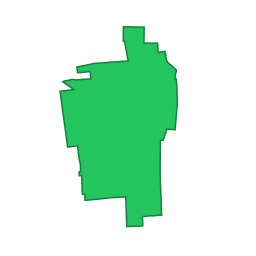 Celaru, Dolj, Romania, rotated 162°
{"feature_id": "2599482B43733075119121", "entity_name": "Celaru", "entity_type": "district", "adm_level": 2, "iso_a3": "ROU", "parent_name": "Romania", "parent_adm1": "Dolj", "projection": "mercator", "projection_center": [24.129, 44.049], "detail": "fine", "context": "isolated", "style": "filled", "palette": "green", "viewbox_px": 256, "rotation_deg": 162, "n_neighbors": 0, "source": "geoboundaries", "source_scale": "gbopen_adm2", "svg_char_len": 5152}
<svg xmlns="http://www.w3.org/2000/svg" viewBox="0 0 256 256"><g transform="rotate(162 128 128)"><path d="M101.1,225.7L101.6,224.3L103.2,219.4L104.4,215.8L105.6,212.2L105.7,211.8L104.5,211.6L104.8,209.0L105.5,203.4L106.0,200.0L106.6,195.8L106.9,193.4L107.0,192.5L107.1,191.7L112.6,193.1L115.0,193.7L118.7,194.6L123.9,195.9L129.6,197.2L131.3,197.6L134.3,198.4L137.4,199.2L140.3,199.9L141.6,200.0L143.0,200.1L144.5,200.3L147.2,200.6L150.2,200.9L152.3,201.3L154.9,201.5L156.0,201.6L157.9,201.8L158.1,199.8L158.3,198.8L158.2,198.8L158.4,198.1L158.9,196.4L156.3,195.4L156.0,195.2L155.5,195.2L153.6,194.8L150.3,194.2L148.5,193.8L147.1,193.5L146.6,193.4L146.7,192.7L146.9,191.7L147.6,188.9L148.1,186.3L148.1,186.2L149.0,186.5L150.0,186.7L151.5,187.1L153.4,187.6L155.1,188.1L157.5,188.5L159.6,189.0L161.5,189.5L162.1,189.5L162.4,189.6L162.8,189.9L163.5,190.3L164.9,190.9L166.3,191.6L168.9,191.6L169.4,191.8L170.7,191.9L172.2,192.0L173.2,192.3L174.1,192.3L175.0,192.3L175.8,192.2L174.3,190.1L170.9,185.7L169.0,183.0L168.5,182.3L167.9,181.5L171.1,182.0L181.1,183.9L181.3,184.0L181.3,183.7L181.4,183.4L181.5,182.9L181.5,182.4L181.6,182.2L181.7,181.6L181.8,181.1L181.8,180.8L181.8,180.6L181.9,180.2L182.0,180.0L182.1,179.6L182.2,179.3L182.2,178.9L182.3,178.8L182.3,178.7L182.5,177.3L182.6,176.8L182.6,176.4L182.7,176.2L182.8,175.9L182.8,175.7L182.8,175.3L182.8,175.2L182.9,174.8L183.1,173.7L183.1,173.4L183.2,173.2L183.2,172.8L183.3,172.6L183.3,172.4L183.3,172.2L183.4,171.9L183.5,171.4L183.7,170.6L183.8,169.8L183.8,169.7L183.9,169.3L183.9,169.0L184.0,168.8L184.0,168.7L184.1,168.2L184.2,167.9L184.3,167.5L184.3,167.3L184.3,167.2L184.4,166.8L184.4,166.7L184.7,165.5L185.0,163.9L185.1,163.4L185.2,163.0L185.2,162.6L185.3,162.0L185.4,161.5L185.5,161.2L185.7,159.8L185.8,158.9L185.9,158.1L186.3,156.0L186.4,155.4L186.5,155.1L186.5,154.7L186.6,154.3L186.7,154.1L186.7,153.7L186.8,153.4L186.8,153.2L186.8,152.8L186.9,152.6L187.0,152.3L187.0,152.1L187.1,151.6L187.2,151.1L187.3,150.2L187.4,149.8L187.5,149.4L187.7,148.5L187.7,148.3L187.7,148.0L187.7,147.8L187.8,147.3L188.0,146.7L188.1,146.2L188.3,145.0L188.3,144.6L188.7,142.8L188.8,142.4L189.0,141.6L189.0,141.2L189.1,140.8L189.2,140.3L189.2,140.0L189.2,139.9L189.3,139.7L189.3,139.4L189.3,139.2L189.4,138.9L189.5,138.6L189.5,138.2L189.7,137.6L189.7,137.4L189.7,137.2L189.8,137.0L189.8,136.7L189.9,136.1L190.0,135.7L190.2,134.7L190.3,134.2L190.4,133.6L190.4,133.4L190.5,133.3L190.5,133.0L190.7,132.0L190.7,131.8L190.8,131.4L190.9,131.1L191.3,128.5L181.5,126.8L182.4,121.9L182.9,119.8L184.1,113.2L184.4,109.4L184.5,108.3L185.2,105.7L185.5,104.8L186.5,101.6L188.1,101.4L188.6,99.7L189.1,97.6L186.7,97.1L188.8,90.1L191.1,82.2L191.6,80.3L191.9,79.0L190.6,78.6L189.5,78.4L189.6,78.0L190.6,74.7L191.2,72.5L188.7,71.9L183.0,70.6L176.7,69.2L174.2,68.7L172.2,68.3L169.4,67.7L166.3,67.1L165.0,66.7L160.9,65.7L154.6,64.0L151.4,63.2L157.4,42.4L158.3,39.1L159.7,34.8L154.7,33.2L153.2,32.8L149.4,31.7L144.2,30.3L143.5,32.6L141.6,39.3L141.3,39.3L140.9,39.2L138.1,38.5L134.9,37.8L133.5,37.5L132.1,37.0L131.1,36.6L130.7,36.6L129.3,36.2L128.6,36.0L128.4,36.0L127.6,36.1L126.2,35.7L123.9,35.0L122.9,34.7L122.9,35.0L122.1,37.8L121.2,41.0L120.1,44.7L119.6,46.6L118.6,50.0L118.2,51.1L117.9,52.2L117.5,53.8L117.1,55.3L115.9,59.6L115.0,62.8L113.4,68.1L112.8,70.2L112.2,72.2L111.6,74.3L109.8,79.9L108.6,83.7L108.3,84.4L107.8,85.8L107.4,87.1L106.8,88.9L106.3,90.4L106.0,91.3L105.6,92.4L105.3,93.2L104.8,94.9L104.3,96.5L104.0,97.5L103.5,98.4L103.4,98.7L103.3,98.9L103.3,99.1L103.2,99.4L103.2,99.5L103.0,100.0L102.9,100.4L102.8,100.5L102.7,100.9L102.5,101.6L102.3,102.1L102.1,102.6L101.0,106.4L100.3,106.1L98.5,105.4L98.4,105.4L98.1,105.9L97.4,106.8L96.4,108.0L96.0,108.6L94.5,110.5L94.1,111.0L93.3,112.1L92.8,112.8L92.5,113.3L92.0,114.1L91.5,114.9L91.1,114.8L90.3,114.4L89.6,114.1L89.1,113.9L88.5,113.7L88.2,113.6L87.6,113.3L87.3,113.2L86.3,112.9L85.8,112.7L85.5,112.6L85.0,112.4L84.4,112.1L83.8,111.7L83.5,112.3L82.8,114.2L81.8,116.3L80.0,120.7L79.0,123.0L77.1,127.6L76.3,129.7L75.5,131.4L74.6,133.6L73.7,135.7L73.4,136.8L72.9,138.1L72.6,139.0L72.4,139.9L71.9,141.5L71.7,142.1L71.4,143.2L71.2,144.1L71.0,144.9L70.7,145.8L70.4,146.6L70.1,147.8L69.6,149.4L69.4,150.4L69.0,151.4L68.6,152.8L68.2,154.4L67.8,156.0L67.3,158.4L67.0,159.9L67.2,160.0L67.6,160.1L67.9,160.1L68.0,160.2L68.1,160.3L67.7,161.3L67.4,162.2L67.0,163.1L66.7,163.6L66.5,164.1L65.6,165.5L64.8,166.7L64.2,167.6L64.1,167.8L64.1,168.0L64.2,168.3L64.5,169.1L64.8,169.6L65.1,170.2L65.6,171.0L66.2,172.0L66.5,172.4L66.7,172.8L67.2,173.8L67.7,174.6L69.7,177.6L69.8,177.9L69.9,178.1L70.0,178.3L69.9,178.5L70.0,178.7L70.2,179.1L70.3,179.2L70.3,179.3L70.4,179.6L70.4,179.8L70.4,180.0L70.4,180.6L70.3,181.4L70.1,182.5L70.0,183.4L70.0,183.9L69.9,184.5L69.7,184.9L69.6,185.1L69.5,185.4L69.4,185.6L69.7,185.7L69.7,186.3L69.7,186.6L69.7,186.8L69.6,187.3L69.5,188.0L69.4,188.5L69.3,188.8L69.3,189.1L69.2,189.3L69.2,189.5L76.0,190.7L75.4,193.3L74.9,194.9L74.6,196.0L74.1,197.4L73.6,199.5L83.5,202.8L85.1,203.3L86.6,203.7L86.0,205.7L84.3,210.6L83.8,212.0L81.5,218.8L81.4,219.0L84.9,220.1L92.1,222.6L95.6,223.8L98.9,224.9L101.1,225.7Z" fill="#22c55e" stroke="#15803d" stroke-width="1.5"/></g></svg>